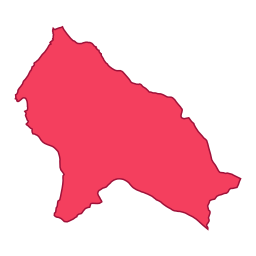 La, Oudômxai, Laos (Albers equal-area conic projection)
{"feature_id": "54806243B9832797211716", "entity_name": "La", "entity_type": "district", "adm_level": 2, "iso_a3": "LAO", "parent_name": "Laos", "parent_adm1": "Oudômxai", "projection": "albers", "projection_center": [102.094, 20.932], "detail": "fine", "context": "isolated", "style": "filled", "palette": "rose", "viewbox_px": 256, "rotation_deg": 0, "n_neighbors": 0, "source": "geoboundaries", "source_scale": "gbopen_adm2", "svg_char_len": 5587}
<svg xmlns="http://www.w3.org/2000/svg" viewBox="0 0 256 256"><path d="M53.2,28.3L52.8,29.7L52.9,30.6L52.6,31.0L52.9,31.6L52.9,32.1L53.1,32.6L53.0,33.2L53.2,33.8L53.5,34.3L53.4,35.5L53.2,35.9L53.2,36.8L53.2,38.0L52.9,38.3L52.7,38.6L53.1,39.5L53.1,39.9L52.2,40.3L51.8,41.2L51.4,41.4L51.2,41.7L50.7,41.7L50.4,42.2L50.0,42.6L50.1,42.8L50.4,43.1L50.6,43.4L51.0,44.0L50.6,44.3L49.9,44.4L49.6,44.9L49.1,45.2L47.6,48.0L46.3,49.9L44.8,52.0L42.2,54.6L40.5,57.0L39.5,58.3L38.5,59.7L37.0,60.9L36.1,61.8L34.6,62.7L34.1,63.2L34.1,63.9L34.3,64.5L34.1,65.2L33.4,66.1L32.4,66.7L32.0,67.0L32.0,67.5L31.8,68.5L31.5,69.0L30.9,70.6L30.4,70.8L29.5,72.5L28.0,75.6L25.4,79.2L23.5,81.2L22.3,84.5L21.7,85.0L20.8,86.4L19.2,88.3L18.0,90.2L17.9,91.0L17.8,92.0L17.1,93.6L16.5,94.3L15.6,94.8L15.9,97.7L15.9,97.9L15.4,98.4L15.4,98.6L15.4,98.8L15.7,98.9L16.0,98.8L16.9,99.5L17.0,99.8L16.8,100.4L16.9,100.9L17.3,101.2L17.8,101.3L18.0,101.5L19.2,101.0L20.9,99.6L21.3,99.3L21.9,98.7L22.4,98.3L23.5,97.8L24.1,97.8L25.1,98.1L25.7,98.4L26.6,100.1L27.1,101.5L27.4,103.6L27.5,106.0L27.4,106.2L27.6,106.8L27.7,107.8L27.6,109.1L27.4,109.7L27.2,110.0L26.6,110.6L26.3,110.7L25.2,111.1L24.8,111.3L25.3,112.0L25.6,112.5L26.0,113.0L26.1,113.6L26.0,114.0L25.6,114.8L25.5,115.2L25.6,115.7L25.9,116.5L26.1,117.0L26.4,117.6L26.8,118.8L27.1,119.6L27.1,119.8L27.4,120.2L28.2,121.1L28.3,121.4L28.2,121.8L28.1,122.0L27.3,123.0L27.1,123.3L26.9,123.5L26.7,123.7L26.5,123.8L26.2,124.1L26.3,124.3L26.4,124.5L26.6,124.8L27.0,125.0L27.5,125.3L28.0,125.7L28.4,126.1L28.9,126.6L30.1,127.7L30.5,128.1L31.1,128.5L31.4,128.6L31.7,128.7L32.0,128.9L32.2,129.2L32.2,129.5L32.2,129.9L32.0,130.4L32.1,131.2L32.1,131.6L32.2,132.2L32.4,132.5L32.7,133.4L32.8,133.7L32.9,133.8L33.3,133.9L33.9,133.9L34.4,134.0L34.8,134.1L35.3,134.4L36.0,134.8L36.3,134.9L37.1,135.2L38.6,136.4L39.7,137.9L41.0,140.0L42.8,142.0L44.6,143.3L47.1,144.4L49.8,145.4L51.8,146.1L53.0,146.7L54.5,147.8L56.0,149.3L57.3,150.7L58.1,151.6L58.7,153.5L59.0,154.5L59.4,155.9L59.8,157.9L60.0,159.4L59.9,161.4L60.0,164.3L60.1,167.3L60.9,169.9L62.8,172.4L63.6,173.6L64.1,174.6L63.1,175.7L63.0,176.9L63.0,178.3L63.1,180.5L62.8,184.0L62.2,188.1L60.6,196.3L59.8,199.8L58.0,201.1L57.7,202.4L57.4,205.0L57.1,206.6L56.2,207.9L56.0,209.7L55.6,212.2L54.5,213.2L54.3,215.4L55.4,216.5L57.0,217.2L58.1,217.3L59.1,217.6L61.2,218.6L62.7,219.9L64.3,221.5L65.7,221.7L67.2,221.8L69.4,220.9L73.3,219.0L75.1,217.6L76.9,216.6L77.1,215.5L78.6,214.2L81.1,213.6L82.1,212.7L83.3,210.9L85.4,208.5L87.9,207.5L89.7,207.2L90.4,204.9L90.4,204.3L91.0,203.6L92.3,203.3L97.2,203.5L99.4,203.3L100.3,202.8L101.8,201.8L101.4,200.7L100.5,199.3L100.2,198.7L99.6,197.5L98.6,195.9L98.1,194.8L97.7,193.7L97.8,192.8L98.3,191.4L99.1,190.4L100.3,189.8L102.6,188.2L104.3,187.7L106.2,187.0L107.2,186.0L107.6,185.5L108.4,184.7L110.3,183.0L110.6,182.7L111.1,182.0L112.4,181.0L113.8,180.1L115.8,179.3L117.5,178.9L119.6,178.8L121.4,179.0L123.1,179.3L124.7,180.0L126.7,181.1L128.4,182.4L129.3,183.3L130.2,184.5L131.8,186.3L132.6,187.1L133.4,187.8L135.0,188.8L136.3,189.6L138.1,190.4L139.8,191.0L141.4,191.8L143.6,192.4L145.9,193.4L147.3,193.9L151.0,195.7L152.3,196.4L153.7,197.6L155.2,198.7L156.4,199.8L157.4,200.2L158.6,200.7L160.9,202.0L161.7,202.8L163.6,204.4L165.2,205.5L166.3,206.3L168.7,207.7L170.6,208.7L171.7,209.5L173.3,210.4L174.6,210.8L176.3,211.0L177.6,211.3L178.6,211.4L179.3,211.4L180.2,211.5L181.7,211.9L182.7,212.1L183.8,212.5L184.6,212.7L185.8,213.2L189.3,215.1L191.8,216.3L192.6,216.7L194.1,217.7L195.9,218.9L197.4,220.1L199.1,221.6L199.7,222.2L203.0,225.2L207.8,229.2L207.9,228.3L207.7,227.3L206.9,226.1L206.6,225.3L206.7,224.7L208.2,222.6L209.0,221.1L209.1,220.1L208.9,219.3L208.6,218.5L208.5,217.6L209.9,213.5L210.0,212.7L210.0,211.8L209.6,210.9L208.6,210.1L207.6,205.9L209.1,202.8L209.8,200.6L211.8,199.7L214.7,199.1L216.8,196.3L218.9,195.2L221.4,194.6L224.1,193.5L226.6,193.1L228.1,191.8L229.1,189.8L230.5,188.5L232.7,188.4L237.0,187.4L238.4,184.5L239.4,181.4L240.6,178.7L233.5,175.2L232.0,174.3L227.5,173.1L227.2,173.1L225.3,173.4L224.7,173.2L223.7,172.8L220.5,172.5L219.6,172.2L218.4,170.7L216.0,166.3L215.2,165.0L213.1,162.2L211.7,159.7L210.9,156.1L210.5,154.2L209.7,151.4L208.7,147.8L207.8,144.1L206.7,140.6L205.6,139.4L203.8,138.0L202.1,135.9L198.3,131.7L195.5,127.4L194.2,124.9L193.9,123.9L193.8,123.5L193.3,123.1L191.5,121.5L188.8,117.8L184.1,118.7L182.4,118.2L181.5,117.5L181.1,116.8L181.0,115.5L181.3,113.8L181.8,112.3L182.1,110.8L182.2,110.0L182.0,109.0L181.5,108.6L180.5,107.0L178.0,104.1L176.3,102.0L174.7,99.7L172.6,97.8L171.2,97.2L167.9,97.1L166.9,96.8L166.0,96.3L163.4,94.9L161.9,94.3L160.7,93.9L157.8,93.7L155.6,93.0L153.0,92.9L150.8,92.1L149.4,92.1L148.7,91.5L147.9,90.5L146.3,89.0L145.7,88.4L144.7,87.8L142.9,86.7L142.2,86.0L141.8,85.4L141.1,84.7L140.7,84.4L139.6,84.0L138.6,84.4L138.0,84.2L136.9,84.3L132.5,83.0L131.5,82.5L130.8,81.8L129.8,80.2L128.8,78.8L125.5,75.0L123.1,72.3L122.4,71.6L120.5,70.7L117.2,70.7L116.4,70.6L114.7,70.1L112.0,68.5L109.6,66.7L108.2,65.4L107.4,64.0L105.9,62.9L103.9,60.2L103.4,58.9L101.3,55.5L101.2,53.8L100.5,53.6L100.3,53.5L100.2,53.1L100.0,52.7L99.6,52.4L99.4,52.1L99.1,51.5L98.9,50.8L99.0,50.4L98.1,50.1L97.7,49.7L97.2,49.5L96.9,49.1L96.7,48.4L96.5,48.0L96.0,48.0L95.8,47.8L95.9,47.4L95.9,47.2L96.0,46.9L95.5,46.8L94.2,46.0L93.0,44.5L91.9,43.4L90.9,42.9L89.9,42.5L88.4,42.5L87.2,42.2L85.9,42.2L83.3,42.8L81.7,43.5L79.6,43.6L77.5,43.4L75.9,42.4L75.1,41.6L74.2,41.0L72.9,40.6L71.8,39.5L70.7,38.5L66.7,33.6L63.8,29.6L62.9,27.8L62.5,26.8L61.0,27.5L59.1,27.9L55.7,29.2L55.0,29.6L54.4,29.3L54.0,29.3L53.7,28.8L53.2,28.3Z" fill="#f43f5e" stroke="#9f1239" stroke-width="1.5"/></svg>